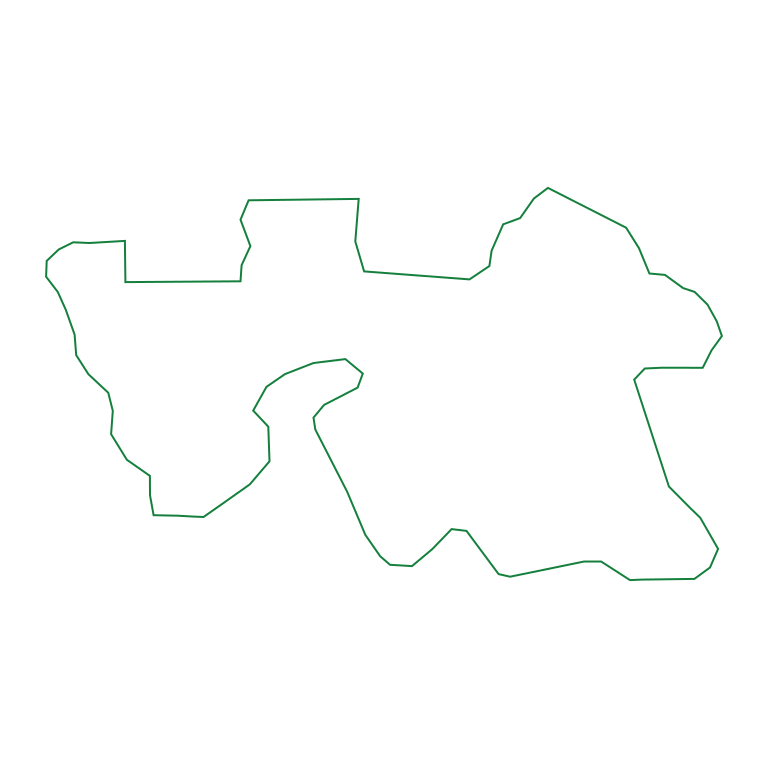 the district of Muçum, Rio Grande do Sul, Brazil
{"feature_id": "56859067B23552766420682", "entity_name": "Muçum", "entity_type": "district", "adm_level": 2, "iso_a3": "BRA", "parent_name": "Brazil", "parent_adm1": "Rio Grande do Sul", "projection": "albers", "projection_center": [-51.824, -29.14], "detail": "fine", "context": "isolated", "style": "outline", "palette": "green", "viewbox_px": 768, "rotation_deg": 0, "n_neighbors": 0, "source": "geoboundaries", "source_scale": "gbopen_adm2", "svg_char_len": 1149}
<svg xmlns="http://www.w3.org/2000/svg" viewBox="0 0 768 768"><path d="M108.3,392.8L112.8,410.9L111.1,434.2L126.9,459.8L149.9,475.9L150.0,495.3L153.6,515.2L177.8,515.7L191.8,516.5L203.5,517.0L219.5,505.8L249.8,484.4L269.5,461.3L268.3,426.7L253.2,410.6L266.5,386.8L285.0,374.1L313.5,363.0L345.4,359.1L362.8,373.6L357.6,387.6L324.1,404.9L313.5,417.6L315.3,429.5L347.2,491.8L365.3,534.8L380.2,556.3L390.1,564.8L412.0,566.1L432.4,549.0L451.6,529.1L466.5,530.9L498.6,574.1L510.1,576.7L584.2,561.5L601.1,561.5L630.0,580.1L641.8,579.6L694.4,578.9L710.0,567.5L718.1,548.9L700.3,517.8L689.9,507.7L668.9,486.5L634.2,379.6L644.8,368.5L662.2,367.7L702.7,367.8L711.5,350.4L721.9,336.0L716.7,321.2L707.5,304.6L694.6,291.9L683.1,288.1L665.0,274.9L649.4,273.5L639.0,248.2L626.1,227.7L547.9,187.9L533.9,198.5L520.1,218.1L503.2,224.3L491.6,250.7L489.4,266.0L469.5,279.4L364.1,271.4L355.3,241.4L358.7,198.9L248.6,200.3L240.5,219.7L250.4,246.1L241.6,265.2L240.5,281.3L125.4,282.1L124.9,240.9L89.5,243.0L73.2,242.3L58.7,249.5L46.7,260.9L46.1,276.7L57.8,292.0L65.8,309.8L74.6,334.6L76.2,355.1L88.4,374.2L108.3,392.8Z" fill="none" stroke="#15803d" stroke-width="2"/></svg>